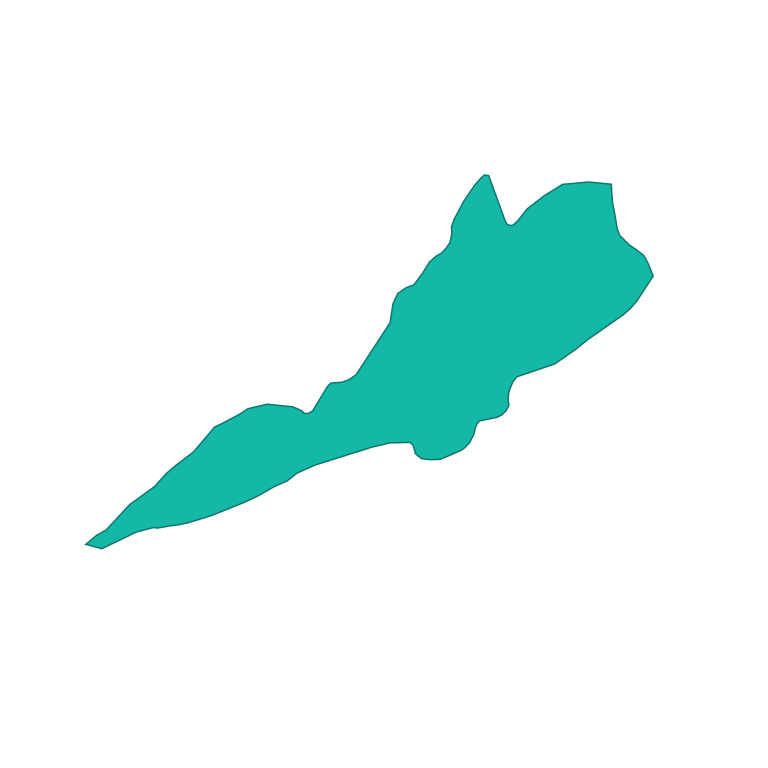 Pueblo Nuevo, Suchitepéquez, Guatemala (Equal Earth projection), rotated 209°
{"feature_id": "79465075B83256235526272", "entity_name": "Pueblo Nuevo", "entity_type": "district", "adm_level": 2, "iso_a3": "GTM", "parent_name": "Guatemala", "parent_adm1": "Suchitepéquez", "projection": "equal_earth", "projection_center": [-91.526, 14.668], "detail": "fine", "context": "isolated", "style": "filled", "palette": "teal", "viewbox_px": 768, "rotation_deg": 209, "n_neighbors": 0, "source": "geoboundaries", "source_scale": "gbopen_adm2", "svg_char_len": 1502}
<svg xmlns="http://www.w3.org/2000/svg" viewBox="0 0 768 768"><g transform="rotate(209 384 384)"><path d="M282.1,668.9L302.9,659.9L324.7,645.1L335.4,625.8L343.7,606.5L346.1,591.8L348.1,585.5L350.9,583.6L354.3,583.5L357.7,585.9L393.4,617.0L397.6,615.4L399.1,610.9L401.1,601.7L402.8,582.5L402.5,561.8L401.1,554.1L397.6,548.6L394.9,539.7L395.5,533.0L397.2,526.1L400.4,521.1L403.3,512.9L404.1,498.2L406.0,485.1L411.4,478.8L415.8,469.9L415.0,458.5L408.4,440.5L412.9,378.6L416.5,371.1L421.5,365.2L428.1,361.0L431.1,358.8L432.3,353.9L433.3,325.8L436.2,321.3L439.5,319.6L443.0,320.7L452.5,319.9L476.4,309.7L491.1,296.3L495.3,288.1L507.3,269.7L511.3,264.2L517.6,232.4L527.2,210.5L531.1,199.9L534.9,183.2L548.0,155.1L556.2,121.7L561.9,112.5L567.1,99.1L550.9,103.2L528.7,134.6L516.3,146.5L512.1,148.3L503.6,155.2L495.3,161.4L488.3,167.4L471.4,185.0L448.5,213.2L440.5,224.2L429.9,241.6L421.7,252.3L416.8,264.0L405.0,279.7L368.9,317.7L364.4,322.5L350.4,335.3L333.0,345.5L329.3,344.8L326.5,342.3L322.6,338.2L315.0,336.9L307.7,339.8L298.3,345.3L284.4,363.3L282.4,367.6L280.7,374.1L281.1,384.3L282.6,388.8L283.3,394.0L282.8,397.8L269.1,409.6L266.2,413.7L264.3,419.6L264.3,425.7L267.8,430.3L270.7,436.8L271.6,441.5L272.3,448.4L271.3,454.7L244.2,484.6L232.8,508.1L227.4,521.5L208.4,560.3L205.2,569.3L203.1,578.9L200.9,608.8L205.8,613.0L212.2,618.0L219.2,622.4L229.6,623.9L237.1,624.6L249.8,628.2L255.6,633.1L261.0,640.1L264.4,644.3L272.3,653.8L282.1,668.9Z" fill="#14b8a6" stroke="#0f766e" stroke-width="1.5"/></g></svg>